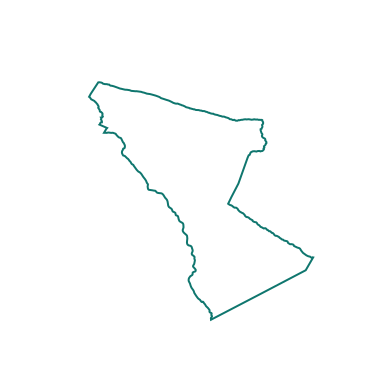 Barra, Bahia, Brazil, rotated 122°
{"feature_id": "56859067B70822366872061", "entity_name": "Barra", "entity_type": "district", "adm_level": 2, "iso_a3": "BRA", "parent_name": "Brazil", "parent_adm1": "Bahia", "projection": "natural_earth1", "projection_center": [-43.395, -11.084], "detail": "fine", "context": "isolated", "style": "outline", "palette": "teal", "viewbox_px": 384, "rotation_deg": 122, "n_neighbors": 0, "source": "geoboundaries", "source_scale": "gbopen_adm2", "svg_char_len": 6112}
<svg xmlns="http://www.w3.org/2000/svg" viewBox="0 0 384 384"><g transform="rotate(122 192 192)"><path d="M290.2,108.2L243.7,80.8L198.1,54.1L183.3,54.6L183.5,55.1L183.9,55.2L184.4,55.5L184.4,56.2L184.3,57.8L184.7,58.8L184.9,59.5L185.1,61.4L184.8,65.6L183.9,68.2L182.9,70.2L182.8,70.7L182.8,71.4L183.3,73.2L183.7,76.8L183.1,77.8L183.0,78.4L183.4,79.8L184.3,81.2L184.3,83.4L184.0,83.9L183.4,84.7L183.4,85.4L184.4,88.2L184.2,89.6L184.6,90.7L184.4,91.9L184.4,93.4L184.1,94.3L184.2,96.2L184.4,97.2L184.8,97.8L184.9,98.9L184.7,99.5L184.3,100.3L184.0,101.6L184.0,102.1L184.3,102.5L184.3,103.0L183.9,104.5L184.0,105.2L184.4,105.8L184.1,107.3L184.3,107.9L184.2,108.6L183.9,109.4L183.8,110.4L184.1,111.0L184.9,111.8L185.0,114.3L185.2,115.4L184.6,117.3L184.7,118.7L184.6,119.3L183.8,120.8L183.7,121.5L184.2,122.7L184.5,124.0L184.5,124.5L184.4,125.2L183.9,125.8L184.0,127.6L184.1,128.3L183.7,130.4L183.9,131.7L184.2,132.1L184.4,132.8L184.0,134.7L183.5,135.2L183.1,137.0L183.0,137.6L183.3,139.2L183.2,139.9L183.3,140.6L183.3,141.2L182.8,143.2L182.1,144.4L181.9,145.9L182.0,146.5L182.4,147.1L182.8,147.8L182.7,148.6L182.7,149.6L182.5,150.2L182.5,151.7L182.8,152.4L182.9,153.8L182.8,155.1L175.4,155.9L160.3,157.1L133.5,163.0L130.8,163.4L130.0,162.8L127.4,163.2L126.4,162.8L126.0,162.4L125.6,162.2L125.1,161.8L124.3,160.6L123.5,158.7L122.7,158.2L121.6,156.8L121.3,155.5L120.8,155.2L120.4,154.6L119.9,154.1L119.5,153.9L118.0,153.6L117.5,153.7L117.3,154.3L116.9,154.4L116.0,154.2L115.6,154.7L115.1,155.2L114.4,155.0L113.8,154.8L112.6,154.7L112.1,155.0L111.6,155.1L111.2,154.8L110.3,155.3L110.0,155.7L109.7,156.6L109.4,157.3L108.7,157.6L108.3,158.0L108.1,158.7L108.3,160.3L108.1,161.4L107.8,162.0L107.3,162.5L106.1,162.7L105.6,163.1L105.1,164.4L103.2,166.6L102.4,167.1L101.6,166.5L101.0,166.7L99.9,166.7L99.3,166.9L98.7,167.4L98.1,168.1L96.4,167.9L95.1,168.7L94.7,169.7L93.8,170.5L93.8,170.9L95.6,174.0L95.9,175.1L96.7,176.1L96.9,176.7L97.2,177.2L97.4,177.9L97.8,178.1L99.1,179.7L100.2,182.4L101.7,184.4L102.1,185.4L103.2,186.7L104.1,187.6L104.6,188.4L106.2,190.0L106.4,190.6L107.4,191.2L107.7,191.6L108.4,193.0L108.3,193.8L108.4,194.5L109.2,195.2L109.4,195.8L109.5,197.1L110.2,198.6L110.0,200.1L110.5,202.1L110.8,202.9L110.9,203.8L111.1,204.8L112.0,206.3L112.2,207.4L112.8,209.1L113.3,211.5L113.6,212.1L114.3,214.1L114.4,215.6L114.9,216.3L115.4,217.7L115.6,218.5L115.6,219.2L116.0,219.9L116.2,221.8L116.7,223.1L116.7,223.8L116.9,224.5L117.9,226.2L117.9,226.9L118.2,227.5L118.6,228.3L119.0,229.8L120.3,232.0L120.5,232.8L120.6,233.7L121.1,234.5L121.2,235.2L121.8,236.9L121.8,237.4L122.3,238.3L122.2,239.0L123.2,241.9L123.2,243.6L123.5,245.7L123.9,246.8L123.9,247.7L124.2,248.6L124.6,251.0L125.2,251.8L125.8,253.0L126.3,255.1L126.4,257.0L126.7,259.7L126.9,260.6L127.4,262.4L128.2,265.7L128.8,268.0L128.7,269.5L128.8,270.5L129.5,273.8L130.6,277.6L131.2,279.5L132.5,282.4L133.1,285.1L133.7,286.8L134.0,288.2L135.9,292.4L136.5,293.3L138.4,297.1L138.7,298.8L139.7,301.2L140.7,303.0L141.7,305.9L142.0,306.9L142.3,307.5L142.6,308.7L142.7,309.4L143.8,314.4L144.4,316.3L144.8,317.0L145.0,317.6L145.0,318.4L144.8,319.2L145.4,320.3L145.6,321.2L146.8,323.3L147.0,324.1L147.2,324.5L147.3,325.1L147.1,325.8L147.2,326.5L147.4,327.3L148.1,328.8L148.7,329.6L162.4,329.9L165.8,329.7L165.8,329.2L165.9,328.7L166.8,326.6L166.5,323.0L166.8,322.3L167.0,320.8L167.4,319.9L167.8,318.4L168.3,317.9L168.5,317.2L168.8,316.8L169.4,316.2L170.0,316.3L170.4,316.0L171.3,313.9L172.5,312.8L172.6,312.2L172.3,311.7L172.4,311.0L172.6,310.5L172.6,310.0L172.9,309.5L173.4,309.1L174.4,308.8L174.9,308.4L175.1,307.7L175.7,307.6L176.2,307.7L177.0,308.6L177.2,308.1L177.7,307.9L178.6,307.8L179.2,306.6L179.8,306.3L179.9,305.8L180.4,305.5L180.5,306.0L181.2,305.9L181.9,306.3L183.3,306.1L183.9,306.2L182.7,297.9L184.0,298.1L188.4,298.0L187.1,295.8L186.5,295.1L186.1,294.7L185.8,294.3L184.7,291.9L183.7,290.5L183.2,288.2L183.1,287.6L183.8,285.9L184.4,283.4L184.4,282.8L184.0,281.1L184.1,280.5L186.3,277.0L186.5,276.6L186.5,276.1L186.7,275.7L188.0,273.7L189.3,272.8L190.5,272.5L191.0,272.7L191.5,273.2L192.0,273.3L192.8,273.0L194.5,272.9L195.6,272.4L196.0,272.1L196.4,271.6L197.2,270.4L197.5,269.6L197.3,269.2L197.1,267.8L197.8,264.7L197.8,263.9L198.1,262.9L198.8,261.3L198.9,260.4L200.0,258.4L200.2,257.6L200.1,256.2L200.7,255.1L202.5,250.7L202.8,249.6L203.1,248.4L203.0,246.5L203.5,244.6L205.0,241.4L206.1,238.4L206.9,236.8L208.1,235.2L208.8,233.5L209.3,233.2L210.9,232.5L212.3,231.3L212.9,230.5L213.0,230.0L212.8,229.3L211.6,226.6L211.0,225.0L210.5,224.1L210.5,223.6L210.6,222.8L210.9,222.1L211.0,221.6L211.0,221.0L210.5,219.6L209.6,217.8L209.3,217.0L209.3,216.0L209.7,214.6L211.1,211.8L211.6,210.0L212.1,208.8L213.1,207.6L216.2,204.9L216.9,203.7L217.0,202.9L217.1,200.6L217.4,199.9L218.7,198.1L218.7,197.6L218.5,196.3L218.5,195.6L218.6,195.0L220.1,193.6L220.2,193.0L220.0,192.3L219.9,191.5L220.3,190.7L222.3,188.7L223.1,187.6L223.3,187.1L223.4,186.4L223.3,183.7L223.5,183.0L223.9,182.4L224.3,182.0L226.4,180.5L227.3,180.2L229.0,179.8L229.9,179.2L230.7,177.8L231.0,176.4L231.3,174.5L231.6,173.3L231.9,172.9L233.8,171.4L237.4,169.6L238.0,169.1L238.5,168.6L238.9,168.0L239.1,166.8L238.5,164.8L238.5,164.3L238.5,163.8L238.8,163.2L241.0,160.6L241.9,160.1L244.0,159.7L244.5,159.5L244.9,159.1L245.2,158.6L245.3,157.0L245.6,155.7L245.9,155.3L246.9,154.9L247.4,154.5L248.2,153.5L248.7,153.2L251.3,152.2L252.0,152.0L253.7,152.0L254.3,151.8L254.7,151.5L254.9,151.0L255.5,148.9L255.9,147.8L256.4,147.4L256.8,147.2L257.2,147.1L257.7,147.2L258.9,148.2L259.9,148.7L260.4,148.5L261.3,148.0L261.9,147.8L262.5,147.9L264.4,148.8L266.5,148.9L267.1,148.8L267.7,148.6L268.9,147.9L269.4,147.4L270.7,145.2L272.2,143.5L273.4,141.8L274.2,139.9L274.6,138.9L275.2,137.9L276.4,136.5L278.0,133.1L278.9,130.8L279.1,130.0L279.2,128.2L280.0,126.2L280.1,125.6L279.9,125.0L279.3,124.7L279.3,124.1L280.0,122.7L280.4,121.3L281.1,120.1L281.4,119.4L281.9,117.0L282.6,115.1L282.9,114.5L284.3,113.7L284.5,113.3L284.6,112.7L284.4,111.7L284.5,111.1L284.9,110.8L285.8,110.6L286.2,110.3L286.4,109.7L286.7,109.3L287.0,109.1L288.4,109.2L289.0,109.1L290.2,108.2Z" fill="none" stroke="#0f766e" stroke-width="2"/></g></svg>